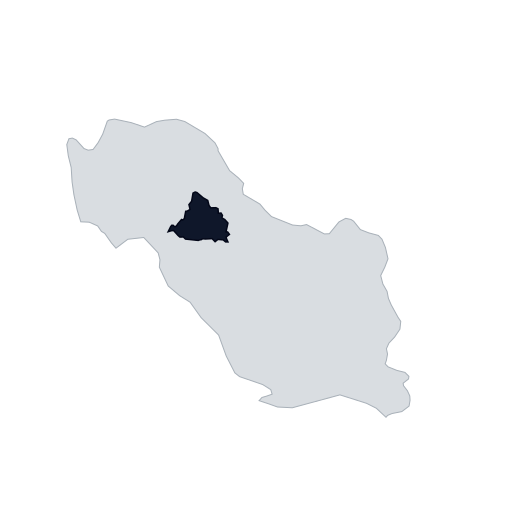 location of Mat, Dibër, Albania, rotated 316°
{"feature_id": "67620474B55788488782298", "entity_name": "Mat", "entity_type": "district", "adm_level": 2, "iso_a3": "ALB", "parent_name": "Albania", "parent_adm1": "Dibër", "projection": "robinson", "projection_center": [19.995, 41.564], "detail": "fine", "context": "in_parent", "style": "filled", "palette": "ink", "viewbox_px": 512, "rotation_deg": 316, "n_neighbors": 0, "source": "geoboundaries", "source_scale": "gbopen_adm2", "svg_char_len": 2336}
<svg xmlns="http://www.w3.org/2000/svg" viewBox="0 0 512 512"><g transform="rotate(316 256 256)"><path d="M160.7,153.1L161.1,145.9L162.9,134.7L161.9,130.9L163.0,124.4L159.5,115.8L153.7,109.7L159.3,98.7L167.6,85.4L175.2,74.9L184.5,64.0L190.6,53.5L197.3,44.4L202.9,41.7L205.8,43.6L207.3,47.5L206.9,59.2L208.8,63.3L212.8,66.2L221.1,64.8L230.3,61.9L242.7,55.7L244.8,56.1L249.4,59.3L258.9,73.4L265.3,85.8L277.8,90.2L284.8,95.0L293.8,102.4L298.2,109.8L304.4,132.5L305.1,146.1L303.3,152.4L301.8,154.0L296.3,176.3L297.6,187.7L297.6,195.2L292.9,198.1L289.7,202.8L294.9,221.4L294.3,229.3L294.5,238.4L303.8,259.1L309.3,265.5L314.2,268.5L320.5,287.6L324.2,290.9L339.3,289.1L346.7,291.2L349.7,295.7L350.4,298.8L349.4,309.5L353.2,317.7L358.3,326.2L358.3,331.4L355.0,339.8L349.0,349.7L340.9,353.5L332.1,356.7L327.8,364.3L325.7,372.5L321.8,378.5L319.3,385.1L315.6,398.7L314.7,403.6L308.7,408.6L299.4,410.6L291.1,411.0L285.4,413.3L282.5,417.9L277.2,421.7L274.0,423.3L274.0,427.5L277.9,436.2L282.3,443.2L282.4,448.8L280.3,450.4L273.5,449.7L272.0,451.8L271.3,458.1L269.4,463.5L266.6,466.8L261.8,470.3L252.8,469.2L244.4,463.8L240.0,462.1L237.5,462.3L236.8,449.1L233.2,438.8L219.9,414.2L176.7,390.4L166.6,379.6L162.2,370.7L157.7,362.2L162.0,361.9L166.2,364.1L171.6,366.6L173.8,362.4L171.5,353.1L160.4,331.4L159.6,325.4L165.1,307.3L174.2,286.9L173.7,262.2L176.5,243.5L173.5,231.4L172.0,216.6L178.7,196.9L184.3,192.0L187.8,185.8L188.1,164.7L175.4,154.9L160.7,153.1Z" fill="#d9dde1" stroke="#a8b0b8" stroke-width="1"/><path d="M209.7,177.5L212.6,179.0L214.4,180.4L214.3,184.1L214.2,186.6L214.2,187.2L214.4,189.5L217.0,191.9L217.0,194.8L225.3,204.7L226.2,205.1L226.5,205.2L226.8,205.3L227.0,205.5L228.1,206.3L228.9,206.4L229.5,206.5L230.2,207.2L231.4,208.6L236.5,213.0L236.5,217.3L240.1,217.6L243.6,221.6L243.9,224.7L245.6,226.4L246.8,223.1L247.7,221.6L251.9,222.0L252.3,219.0L251.2,217.8L258.7,212.8L258.9,208.0L258.4,206.5L258.0,204.8L260.1,203.5L260.7,200.8L258.6,199.1L259.8,197.7L261.5,195.6L260.7,193.4L256.9,189.9L257.3,187.0L259.9,182.5L258.4,177.4L257.6,169.3L256.7,167.7L254.4,167.0L247.7,171.9L243.5,172.4L240.9,176.7L237.7,175.9L236.5,175.0L231.5,178.5L230.6,179.3L228.3,179.2L227.8,178.0L221.8,178.6L220.3,179.0L218.6,179.0L217.7,178.1L217.8,176.5L216.8,175.4L215.0,175.6L209.7,177.5Z" fill="#0f172a" stroke="#020617" stroke-width="1.5"/></g></svg>